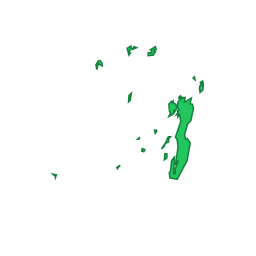 Stykkishólmsbær, Vesturland, Iceland, rotated 321°
{"feature_id": "244011B37463664010444", "entity_name": "Stykkishólmsbær", "entity_type": "district", "adm_level": 2, "iso_a3": "ISL", "parent_name": "Iceland", "parent_adm1": "Vesturland", "projection": "orthographic", "projection_center": [-22.794, 65.108], "detail": "medium", "context": "isolated", "style": "filled", "palette": "green", "viewbox_px": 256, "rotation_deg": 321, "n_neighbors": 0, "source": "geoboundaries", "source_scale": "gbopen_adm2", "svg_char_len": 1947}
<svg xmlns="http://www.w3.org/2000/svg" viewBox="0 0 256 256"><g transform="rotate(321 128 128)"><path d="M167.4,173.3L165.8,172.7L167.8,168.7L177.3,162.2L181.3,161.9L191.3,154.0L193.0,150.0L191.4,148.3L196.1,144.6L188.0,143.5L191.6,140.2L189.2,139.2L189.1,136.0L187.3,135.9L186.1,137.1L188.9,138.5L183.2,139.2L180.0,142.2L178.9,144.9L179.1,146.3L177.0,145.8L176.8,147.3L173.8,148.2L175.9,148.7L173.7,150.8L176.5,150.1L173.1,156.1L159.2,164.9L158.7,168.2L155.3,173.9L141.4,186.7L147.0,184.6L139.3,189.3L135.6,193.4L134.6,192.2L145.7,179.9L141.3,180.8L134.3,188.0L131.9,188.7L129.1,193.3L134.0,198.8L153.4,190.5L167.0,178.8L167.4,173.3ZM178.7,134.7L174.8,135.1L170.6,141.3L170.6,143.1L166.9,144.8L171.8,145.7L175.4,143.0L174.5,144.8L178.5,143.1L180.1,139.5L179.1,137.4L180.0,135.3L178.4,136.0L178.7,134.7ZM200.5,82.0L194.7,81.3L195.4,82.1L193.6,84.3L191.1,82.2L189.1,84.4L193.5,87.3L197.4,85.9L196.8,84.9L197.6,83.7L199.3,84.9L200.5,82.0ZM147.2,57.2L142.8,58.7L140.6,63.0L145.4,59.3L147.0,63.5L148.6,61.0L148.8,58.4L147.2,57.2ZM181.9,66.2L177.5,65.5L174.6,72.0L177.2,71.1L176.8,69.6L177.8,68.9L181.1,68.4L181.9,66.2ZM213.9,141.5L210.1,140.5L208.4,142.3L206.3,145.8L210.1,145.6L213.9,141.5ZM136.2,175.6L139.4,175.7L142.0,172.5L140.5,171.2L136.2,175.6ZM152.4,103.1L149.1,103.4L144.9,108.0L147.3,107.7L152.4,103.1ZM153.9,160.2L150.1,161.8L148.1,163.7L150.8,164.4L153.1,161.8L155.5,161.6L153.9,160.2ZM215.6,138.5L212.2,138.1L213.5,138.8L212.3,139.7L214.0,141.3L215.6,138.5ZM144.8,165.1L147.9,163.0L140.8,165.4L144.8,165.1ZM127.6,155.4L126.1,153.0L124.1,154.5L125.3,156.4L127.6,155.4ZM98.5,152.0L94.6,151.6L94.1,152.9L98.5,152.0ZM40.4,120.9L42.9,119.2L40.5,116.6L41.1,119.4L40.4,120.9ZM145.8,149.3L147.9,148.8L148.8,148.0L147.4,146.3L145.8,149.3ZM185.3,71.0L183.9,68.5L181.4,69.9L185.3,71.0ZM210.4,132.8L211.7,130.0L210.0,130.2L210.4,132.8ZM129.7,143.6L131.4,142.6L128.4,142.7L129.7,143.6Z" fill="#22c55e" stroke="#15803d" stroke-width="1.5"/></g></svg>